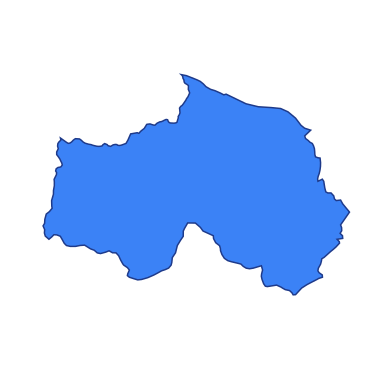 Ranau, Sabah, Malaysia (Robinson projection), rotated 81°
{"feature_id": "92858781B74051024245503", "entity_name": "Ranau", "entity_type": "district", "adm_level": 2, "iso_a3": "MYS", "parent_name": "Malaysia", "parent_adm1": "Sabah", "projection": "robinson", "projection_center": [116.758, 5.889], "detail": "fine", "context": "isolated", "style": "filled", "palette": "blue", "viewbox_px": 384, "rotation_deg": 81, "n_neighbors": 0, "source": "geoboundaries", "source_scale": "gbopen_adm2", "svg_char_len": 3618}
<svg xmlns="http://www.w3.org/2000/svg" viewBox="0 0 384 384"><g transform="rotate(81 192 192)"><path d="M153.8,323.3L157.9,326.2L160.6,326.4L164.3,327.0L168.9,328.6L172.5,329.2L178.5,332.0L184.1,332.7L186.2,332.7L189.1,336.0L191.0,339.4L195.9,341.6L199.9,342.5L202.2,344.4L206.1,343.4L209.4,344.2L212.6,343.8L216.3,340.7L214.4,337.5L212.6,335.1L213.2,332.3L215.1,329.0L219.0,327.5L222.7,326.2L225.2,324.4L226.7,320.7L227.5,315.7L227.3,310.9L227.7,306.4L230.2,303.5L232.3,301.1L234.2,297.7L237.3,295.1L238.5,292.0L237.9,286.6L237.1,283.1L239.6,280.0L240.2,276.6L243.5,274.4L248.1,273.1L252.2,271.6L253.5,270.9L256.6,267.6L259.3,266.1L262.8,268.3L264.5,268.9L266.4,267.2L268.3,263.5L270.3,259.4L270.5,255.5L269.7,249.1L268.0,242.6L266.6,238.5L265.1,234.4L264.5,230.7L263.5,227.0L261.0,224.1L258.5,223.0L253.7,221.7L249.5,217.8L242.9,215.0L242.5,214.8L237.9,210.9L234.4,207.6L229.2,206.7L226.7,205.0L221.9,201.1L223.2,193.5L228.2,189.3L232.3,187.2L234.2,184.3L238.5,177.8L241.4,178.0L245.8,176.5L249.3,173.2L252.1,172.8L254.5,173.0L258.5,172.2L262.6,170.4L265.4,167.4L267.0,164.1L269.3,158.5L270.8,155.0L273.5,153.0L275.7,150.4L276.8,147.2L276.8,143.5L275.7,135.0L280.1,134.5L283.9,136.1L286.1,136.7L289.3,136.5L293.8,135.6L296.5,134.3L297.2,132.4L297.2,127.6L297.2,123.0L299.9,118.9L301.1,117.6L303.0,115.2L304.6,111.1L307.1,109.1L309.4,108.2L309.6,105.8L304.0,98.7L301.5,93.0L300.1,88.9L297.8,81.9L297.2,80.4L296.6,76.5L294.3,76.3L291.6,79.1L289.5,80.0L287.0,79.1L283.4,76.3L280.5,75.0L278.3,74.3L277.2,71.7L272.4,64.3L270.8,61.5L268.9,58.5L265.6,54.3L264.1,54.3L261.4,56.1L261.4,53.5L261.4,50.4L258.7,50.2L256.0,52.2L253.7,50.2L250.6,49.8L247.7,50.4L246.2,48.9L236.5,39.6L235.8,40.0L227.3,45.0L223.2,46.5L223.0,50.9L221.1,52.4L218.0,52.6L214.7,54.8L214.2,58.0L212.8,59.8L208.8,60.2L205.9,60.2L202.0,60.2L199.7,61.3L200.3,63.2L201.1,65.9L198.8,65.9L196.4,65.0L193.7,63.5L190.5,62.2L186.8,61.1L183.0,60.4L178.5,60.2L177.9,62.2L176.6,64.5L174.3,64.8L171.4,64.5L168.3,64.3L165.2,64.8L162.9,65.6L161.2,67.8L159.4,69.1L156.9,71.5L154.2,71.9L149.5,65.1L146.6,70.8L143.2,73.9L135.2,78.2L127.8,84.7L123.4,91.4L121.0,100.6L118.2,113.1L113.3,124.9L100.7,143.0L101.0,145.4L98.7,148.5L95.5,153.5L93.5,157.6L90.2,161.7L87.0,163.9L84.1,166.5L82.0,169.5L76.2,179.3L74.4,184.2L74.9,183.8L76.4,183.1L78.5,183.1L79.8,182.5L82.2,182.5L83.5,181.9L85.1,180.0L86.3,178.9L88.2,179.2L90.1,179.6L92.0,179.1L93.8,178.8L95.3,179.8L97.2,181.0L99.0,182.8L100.3,183.7L103.8,187.0L105.0,188.3L105.7,189.8L107.2,191.2L109.6,191.3L112.0,191.5L113.6,192.4L115.2,193.8L116.8,194.0L118.3,194.8L120.7,195.9L121.2,197.0L121.2,199.0L120.8,200.9L120.4,202.7L119.7,203.8L118.3,204.5L116.8,204.8L116.3,206.2L116.8,208.2L117.3,209.6L117.7,211.2L117.7,212.9L118.6,215.8L120.2,218.2L119.9,219.4L119.1,221.1L118.2,222.8L118.1,225.4L118.2,226.3L118.6,226.5L121.8,229.3L123.0,231.5L124.2,233.5L125.5,234.9L125.7,235.4L124.9,236.8L124.9,237.4L125.0,243.5L130.9,247.3L133.7,249.6L134.7,254.7L134.7,256.5L134.2,258.1L133.4,258.8L133.0,260.4L133.1,262.5L134.2,265.2L133.2,267.6L131.9,268.4L130.5,270.7L131.4,272.6L132.4,273.6L132.5,275.0L132.4,276.8L131.9,278.9L130.4,282.5L129.4,284.3L128.6,286.7L127.1,289.9L125.6,291.7L123.6,293.2L122.0,294.8L121.1,298.8L121.6,300.0L122.4,301.4L123.4,302.6L124.1,303.8L124.6,305.1L124.6,306.6L124.0,307.4L123.1,308.4L118.1,313.5L120.2,313.4L122.0,315.9L123.4,317.0L125.7,317.6L128.3,317.3L131.3,319.4L133.9,319.8L136.1,318.6L138.9,317.3L140.8,316.8L142.9,316.1L145.0,315.9L146.6,317.5L146.8,318.4L146.8,320.5L147.8,322.5L149.9,323.4L151.6,322.7L153.7,323.2L153.8,323.3Z" fill="#3b82f6" stroke="#1e3a8a" stroke-width="1.5"/></g></svg>